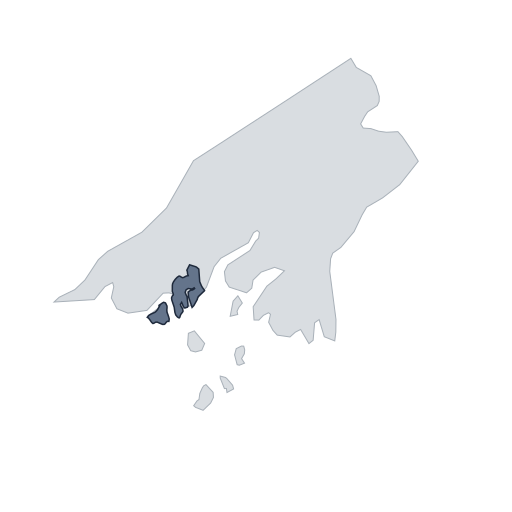 Biombo highlighted on a map of Guinea-Bissau, rotated 327°
{"feature_id": "GNB-5500", "entity_name": "Biombo", "entity_type": "Region", "adm_level": 1, "iso_a3": "GNB", "parent_name": "Guinea-Bissau", "parent_adm1": "", "projection": "orthographic", "projection_center": [-15.894, 11.883], "detail": "fine", "context": "in_parent", "style": "filled", "palette": "slate", "viewbox_px": 512, "rotation_deg": 327, "n_neighbors": 0, "source": "natural_earth", "source_scale": "10m", "svg_char_len": 3378}
<svg xmlns="http://www.w3.org/2000/svg" viewBox="0 0 512 512"><g transform="rotate(327 256 256)"><path d="M61.5,184.6L68.5,183.4L85.9,185.5L99.4,183.0L108.8,178.9L121.8,173.2L134.2,171.3L173.2,173.9L207.1,167.0L232.3,154.0L255.5,142.0L285.7,142.1L318.0,142.1L363.9,142.1L400.2,142.0L443.2,141.9L442.8,152.5L450.5,167.4L449.5,178.6L446.3,189.2L443.5,193.4L439.7,195.9L428.2,195.9L423.3,198.0L415.7,202.2L415.6,207.1L421.7,211.7L426.8,218.1L432.7,223.2L442.7,229.0L443.7,235.5L444.1,252.0L443.7,264.9L415.5,274.4L393.8,276.2L375.4,275.3L367.4,279.3L351.5,289.0L331.9,295.0L321.9,295.4L317.1,298.9L309.5,309.0L288.5,352.8L281.5,363.3L275.8,370.1L269.3,360.9L274.3,343.7L268.8,343.9L258.0,357.8L252.7,358.3L253.4,341.9L247.4,341.3L240.4,342.4L230.7,333.9L229.7,327.5L230.5,318.5L236.4,312.8L235.6,310.4L229.9,309.8L223.5,311.3L219.5,308.6L226.0,297.0L248.7,287.2L260.1,286.1L271.8,283.9L265.4,275.6L251.5,272.3L240.4,274.6L234.9,280.7L228.0,281.7L216.6,267.5L216.8,260.3L221.0,251.9L227.6,248.1L253.9,248.1L263.9,243.3L267.9,242.5L271.7,238.1L270.9,235.2L266.6,235.1L256.8,240.7L225.2,238.7L215.1,242.1L197.5,255.1L175.8,262.3L160.1,259.3L165.1,241.9L162.9,239.5L157.9,236.6L134.9,242.2L117.5,234.2L110.6,224.5L111.8,212.4L120.0,204.3L121.3,200.2L112.7,199.4L96.7,204.5L61.5,184.6ZM137.9,354.6L127.6,356.6L122.9,350.1L122.2,347.6L127.6,345.4L130.0,345.3L134.1,340.6L139.1,337.4L141.4,336.4L144.0,336.6L145.8,347.0L143.3,351.4L137.9,354.6ZM165.3,301.4L159.2,305.5L153.0,303.5L149.7,299.9L150.2,293.3L157.2,284.0L163.5,285.2L165.3,301.4ZM154.4,246.8L147.7,262.8L139.5,261.1L133.7,251.5L133.1,247.5L149.9,246.2L154.4,246.8ZM188.0,334.2L188.0,339.6L182.5,338.5L181.0,336.9L184.2,327.2L189.0,322.9L194.8,323.6L196.6,324.9L195.4,328.6L192.9,331.7L188.0,334.2ZM210.0,292.0L208.8,295.1L201.5,292.5L212.2,281.4L219.1,279.5L218.9,288.0L213.5,289.8L210.0,292.0ZM166.0,351.6L164.8,355.3L157.3,354.7L159.0,351.0L157.3,350.0L159.5,338.9L160.6,337.2L164.3,341.3L164.8,343.0L166.0,351.6Z" fill="#d9dde1" stroke="#a8b0b8" stroke-width="1"/><path d="M194.1,256.9L193.8,257.1L185.5,258.6L184.2,259.4L183.0,260.5L176.9,263.7L174.4,264.3L177.1,253.7L179.4,249.3L182.5,249.1L183.3,249.5L184.2,249.9L185.4,250.0L186.8,249.9L186.8,249.0L184.4,248.9L181.4,246.3L178.9,246.3L176.8,247.9L176.3,250.1L176.0,252.6L171.9,260.8L170.6,261.6L168.1,260.9L167.5,259.2L168.4,254.4L166.2,255.4L165.7,257.6L165.7,260.1L164.8,262.5L164.0,263.0L161.2,264.0L160.0,264.8L158.7,265.9L157.9,266.1L157.4,265.5L156.9,264.3L156.6,261.7L157.3,259.1L159.5,254.4L161.4,247.1L162.2,245.4L162.7,244.8L163.5,244.3L164.4,243.8L165.3,243.7L165.8,243.2L166.6,240.0L169.9,235.0L171.0,233.8L172.8,232.7L175.5,231.6L178.4,230.9L180.6,230.9L181.3,231.7L181.8,232.9L182.5,234.1L183.7,234.6L186.3,234.8L187.4,235.1L188.5,235.6L188.9,233.7L189.9,231.8L190.3,230.2L195.5,227.2L199.7,232.3L200.1,233.1L200.9,235.8L194.8,246.9L194.0,251.3L193.9,253.5L194.1,256.9ZM131.4,248.2L133.7,247.4L136.1,247.5L140.7,248.2L142.4,247.9L144.3,247.3L148.1,245.3L147.6,244.8L147.7,244.7L147.9,244.5L149.8,244.5L151.4,244.4L153.3,244.5L154.3,245.7L154.5,246.1L154.1,249.5L153.1,251.1L151.8,252.6L150.8,254.4L149.6,259.5L148.9,261.6L147.3,263.4L146.0,262.5L144.5,262.7L143.1,263.3L141.9,263.4L140.3,262.4L137.1,257.6L135.6,256.8L134.0,256.8L132.8,256.5L132.3,254.9L132.2,251.2L132.0,249.5L131.4,248.2Z" fill="#64748b" stroke="#1e293b" stroke-width="1.5"/></g></svg>